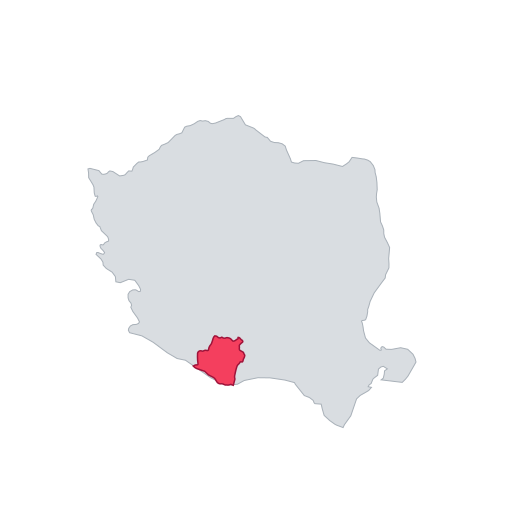 location of Teleorman within Romania, rotated 23°
{"feature_id": "ROU-127", "entity_name": "Teleorman", "entity_type": "County", "adm_level": 1, "iso_a3": "ROU", "parent_name": "Romania", "parent_adm1": "", "projection": "albers", "projection_center": [25.251, 44.09], "detail": "fine", "context": "in_parent", "style": "filled", "palette": "rose", "viewbox_px": 512, "rotation_deg": 23, "n_neighbors": 0, "source": "natural_earth", "source_scale": "10m", "svg_char_len": 5154}
<svg xmlns="http://www.w3.org/2000/svg" viewBox="0 0 512 512"><g transform="rotate(23 256 256)"><path d="M384.3,282.9L388.8,288.7L394.3,291.6L406.8,294.4L407.9,294.0L408.0,293.4L407.1,292.5L406.9,291.4L407.5,290.1L409.2,289.9L412.1,291.0L417.3,289.0L425.0,283.9L432.1,282.6L438.9,285.1L442.4,288.1L444.7,291.1L444.3,294.9L444.0,297.3L442.8,307.2L441.7,311.0L440.0,315.2L419.6,321.1L420.9,318.7L420.2,314.6L419.2,311.5L421.0,308.6L416.3,307.8L414.3,309.4L412.9,312.2L414.6,318.3L412.5,321.9L411.7,323.8L411.8,328.4L410.5,330.4L410.3,332.5L413.6,331.8L412.3,335.8L406.4,343.6L404.4,348.2L405.7,366.0L403.3,376.7L403.2,379.9L396.6,380.2L394.6,380.1L388.2,378.7L381.0,376.1L376.7,370.8L373.9,366.9L367.9,368.9L366.8,368.4L365.1,366.6L360.5,365.4L355.0,365.6L342.3,358.7L340.9,357.5L331.1,358.9L316.5,362.7L305.3,367.3L293.8,375.2L289.1,381.2L283.6,384.3L275.8,386.7L261.9,385.8L247.4,382.8L231.8,379.5L223.4,381.2L212.0,379.7L195.0,375.6L182.2,374.1L169.6,376.0L167.5,374.2L167.1,372.3L167.7,369.5L169.5,367.3L172.6,365.7L174.2,364.0L174.5,362.2L171.1,359.3L164.3,355.2L161.5,352.7L160.8,352.1L160.7,349.9L159.3,348.2L156.6,346.8L154.6,344.5L153.2,341.2L153.7,338.1L155.9,335.3L158.6,334.1L161.9,334.6L163.3,333.8L162.8,331.8L159.6,329.1L153.9,325.7L147.9,327.2L141.5,333.6L137.1,334.5L134.6,329.9L129.9,327.1L123.1,326.0L118.9,324.1L117.5,321.5L114.6,319.4L108.1,317.0L108.1,315.0L109.2,314.5L111.5,314.5L114.7,314.2L115.2,313.1L115.3,312.0L112.9,310.6L110.4,309.6L109.2,308.6L108.4,307.6L108.3,306.6L109.0,305.9L110.0,305.9L111.1,305.3L111.7,302.9L113.2,301.0L114.2,300.4L114.2,298.9L113.2,297.5L111.9,296.2L109.9,295.4L103.8,293.1L100.8,290.0L98.9,289.8L95.9,288.1L92.7,285.4L90.1,281.7L87.1,279.2L86.4,278.3L86.4,277.4L87.0,276.4L87.0,275.3L86.4,271.8L87.1,268.1L87.2,264.7L87.2,263.1L86.7,262.6L86.1,263.1L85.3,263.7L84.6,263.8L82.5,261.2L79.9,255.9L78.1,254.1L74.5,251.5L71.4,249.3L69.4,244.9L67.3,241.5L68.9,240.2L78.0,238.8L82.1,240.9L84.0,240.3L85.9,238.9L86.9,237.7L87.2,236.4L88.2,234.8L91.3,234.2L99.2,235.6L102.6,233.5L103.8,232.3L104.7,229.6L105.6,227.4L108.6,226.4L108.6,224.3L108.3,222.1L110.2,217.3L111.3,215.3L112.9,214.6L115.0,213.2L118.5,210.1L117.8,207.3L118.6,205.3L122.3,200.4L125.2,195.6L125.3,193.2L125.8,191.1L128.2,188.8L130.8,185.9L134.5,176.5L135.7,175.0L137.9,173.3L139.6,171.6L140.0,165.3L141.5,163.6L144.5,161.7L147.4,158.5L149.8,154.8L151.7,153.1L154.0,152.7L156.6,151.2L159.5,150.8L162.2,151.6L164.0,151.3L166.7,149.5L173.6,142.7L174.6,141.3L176.0,140.4L181.5,138.1L183.0,135.7L184.9,133.6L187.3,133.8L195.0,139.4L203.5,139.2L205.0,139.4L205.5,139.6L206.5,140.0L217.7,142.9L219.5,142.6L220.0,142.4L224.5,144.7L228.5,144.4L232.3,143.0L236.2,142.5L239.9,143.4L242.6,146.5L249.8,153.2L251.9,155.7L255.2,155.3L258.8,154.1L262.5,149.7L273.8,144.7L282.5,143.4L290.9,141.3L300.6,139.8L303.4,135.7L304.9,132.9L305.9,127.7L311.1,126.2L316.1,125.0L317.8,124.4L321.4,124.1L324.3,124.5L328.6,126.9L331.8,130.1L333.0,132.6L335.7,136.1L338.6,141.1L341.7,147.7L342.5,151.1L343.7,154.7L346.1,159.1L350.6,163.9L351.2,164.9L353.3,168.3L357.3,175.9L360.6,178.9L363.4,182.1L364.9,185.5L367.0,188.5L371.8,192.4L375.7,196.0L379.1,206.5L381.5,211.3L383.0,215.0L382.6,222.6L383.5,225.8L382.0,231.8L379.2,243.8L378.8,253.3L379.5,258.4L379.7,261.7L380.6,263.7L381.6,268.0L381.8,271.8L380.7,272.9L379.1,273.8L378.5,274.7L380.1,276.3L382.2,279.4L384.3,282.9Z" fill="#d9dde1" stroke="#a8b0b8" stroke-width="1"/><path d="M285.6,383.9L283.0,384.0L282.3,384.6L281.6,385.2L280.8,385.7L279.8,386.1L279.0,386.3L278.3,386.7L277.3,386.8L275.5,386.7L275.2,386.8L274.6,386.9L272.9,387.7L271.9,387.9L270.1,387.7L268.6,386.8L267.2,385.7L265.7,384.8L264.0,384.4L258.7,384.0L253.8,382.2L245.1,382.8L243.1,382.5L241.3,381.8L241.4,381.7L242.2,380.6L242.7,380.1L243.3,379.7L244.4,379.2L244.8,378.9L244.9,378.5L244.6,377.6L242.9,374.6L241.5,371.6L240.2,368.3L240.2,367.3L240.4,366.4L241.3,365.3L242.0,364.9L242.7,364.7L243.4,364.6L244.0,364.5L244.4,364.2L245.7,362.9L246.1,362.6L246.7,362.4L248.1,362.1L248.6,361.8L248.9,361.3L248.8,360.2L248.6,359.3L248.5,358.4L248.6,356.8L249.1,354.9L249.2,353.6L249.0,350.9L248.7,348.4L248.8,347.5L248.8,346.9L249.3,345.6L251.1,345.2L253.3,345.8L254.0,345.7L254.6,345.6L255.1,345.3L255.4,345.1L255.9,344.4L256.3,344.1L256.7,344.1L258.0,344.3L259.0,344.0L259.6,343.8L260.5,342.9L261.3,342.4L263.2,342.0L264.1,342.0L264.8,342.1L265.5,342.3L266.8,342.9L267.7,343.3L268.1,343.3L268.8,343.0L269.6,342.3L270.1,341.6L270.7,340.5L270.9,340.2L271.5,339.6L271.7,339.2L271.7,338.9L271.4,338.3L271.3,338.0L271.6,337.8L272.1,337.7L273.0,337.8L275.3,338.9L276.4,339.0L277.2,339.7L277.3,340.1L277.3,340.6L276.6,341.8L275.7,343.9L275.6,344.7L275.7,345.2L276.0,345.8L276.4,346.5L276.9,348.0L277.4,348.7L277.9,349.1L281.5,349.5L282.1,349.7L283.2,350.8L284.0,351.4L284.4,351.7L284.6,352.4L284.8,353.3L284.8,354.8L284.7,355.6L284.9,357.2L285.0,358.1L284.9,358.7L284.5,359.0L284.1,359.1L283.7,359.2L283.3,359.4L282.9,359.6L282.8,360.1L282.6,361.3L282.4,361.9L281.9,363.0L281.7,363.7L281.6,364.4L281.6,365.3L282.0,368.6L283.1,374.5L283.6,375.9L284.6,377.4L284.8,378.1L285.6,383.9L285.6,383.9Z" fill="#f43f5e" stroke="#9f1239" stroke-width="1.5"/></g></svg>